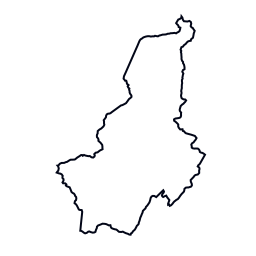 the district of Piraí do Sul, Paraná, Brazil, rotated 265°
{"feature_id": "56859067B71584283665697", "entity_name": "Piraí do Sul", "entity_type": "district", "adm_level": 2, "iso_a3": "BRA", "parent_name": "Brazil", "parent_adm1": "Paraná", "projection": "orthographic", "projection_center": [-49.926, -24.444], "detail": "fine", "context": "isolated", "style": "outline", "palette": "ink", "viewbox_px": 256, "rotation_deg": 265, "n_neighbors": 0, "source": "geoboundaries", "source_scale": "gbopen_adm2", "svg_char_len": 4982}
<svg xmlns="http://www.w3.org/2000/svg" viewBox="0 0 256 256"><g transform="rotate(265 128 128)"><path d="M29.8,71.5L29.5,72.6L28.8,73.6L27.4,75.1L26.8,76.1L27.1,77.7L28.2,79.4L28.3,80.5L27.6,81.7L26.8,83.8L26.9,85.4L27.4,86.5L29.3,87.2L31.0,88.2L32.4,88.5L33.5,89.7L34.1,91.9L34.9,94.3L34.5,96.7L34.1,98.0L33.3,99.4L32.7,100.3L32.7,102.0L30.7,102.3L29.7,102.9L28.8,104.6L28.2,106.2L27.9,107.4L27.3,108.2L25.5,109.8L25.2,110.8L25.0,112.3L25.2,113.8L24.4,115.0L23.4,116.7L22.6,118.7L21.7,120.0L21.5,121.3L22.7,121.8L23.3,123.0L24.6,123.9L26.2,126.0L27.2,126.7L28.6,127.6L29.8,128.3L30.7,129.5L31.6,130.3L32.8,130.5L33.8,131.0L34.8,131.5L36.6,132.1L37.7,132.5L39.2,133.4L40.9,134.2L42.4,135.1L44.1,135.6L45.3,137.0L46.4,138.4L47.8,139.0L49.1,140.5L50.7,141.8L51.9,142.8L53.9,143.7L56.4,144.5L57.7,145.5L58.2,146.8L58.0,148.3L56.7,150.1L58.9,152.8L60.4,154.6L62.9,157.7L61.6,158.3L60.6,157.9L59.0,156.4L58.0,155.9L57.0,156.2L56.2,157.0L56.9,158.7L57.3,160.2L55.7,160.9L52.6,162.9L50.9,162.2L49.0,161.3L48.0,161.3L48.3,162.2L46.8,162.8L47.3,164.2L48.7,165.8L49.9,166.8L50.9,167.9L51.4,168.8L52.2,169.9L52.8,171.4L54.2,172.8L55.0,173.4L56.0,174.2L57.5,175.6L58.7,177.0L59.8,178.2L61.2,178.7L62.4,178.9L63.5,180.3L63.6,181.6L63.5,183.1L63.8,184.3L64.0,185.5L65.1,186.6L66.6,186.7L67.9,186.3L69.1,185.9L70.7,185.9L71.4,186.7L72.7,188.2L73.7,189.3L74.6,190.0L75.3,191.1L75.6,193.5L77.0,195.0L78.1,195.1L79.2,195.1L81.0,195.7L82.4,195.5L83.6,194.1L84.8,194.8L85.6,196.0L86.4,196.7L94.7,202.4L95.9,201.1L96.7,200.0L97.1,198.6L97.9,197.5L99.0,197.4L100.3,196.9L101.4,195.8L101.6,194.5L101.7,192.4L102.1,190.8L102.9,189.8L104.3,189.9L105.9,189.6L107.1,190.4L108.0,192.1L109.3,193.2L110.5,194.4L112.0,195.4L114.3,193.9L115.9,190.2L116.5,188.5L117.7,185.3L118.5,184.4L119.8,183.6L120.3,182.4L122.0,182.2L122.0,179.9L122.8,179.3L124.0,178.5L125.5,178.1L126.8,178.4L127.7,178.0L129.1,176.8L130.3,175.7L131.2,174.6L132.6,174.6L133.3,176.0L133.5,179.4L133.7,180.5L134.6,181.6L136.1,182.0L137.5,182.0L138.7,182.3L139.6,181.7L140.6,181.1L141.8,181.1L143.5,181.7L145.3,182.4L146.7,184.1L147.3,185.3L148.2,186.2L149.0,187.2L150.4,188.3L151.4,187.5L151.7,185.8L152.9,184.1L154.5,183.7L156.0,183.7L157.7,184.3L159.1,184.4L160.1,184.2L161.2,184.5L163.1,185.1L164.8,185.2L166.8,185.5L168.0,185.9L169.6,185.8L171.1,185.9L172.4,186.7L173.7,186.6L174.8,187.0L175.8,187.2L177.4,187.9L179.3,187.0L180.9,187.8L181.6,189.4L183.4,189.6L184.7,189.5L186.2,189.3L187.8,188.5L189.0,188.6L190.3,187.7L192.0,187.3L193.7,187.5L195.7,187.5L197.6,187.6L199.1,187.3L200.1,187.8L201.4,187.2L202.5,187.7L203.8,188.2L204.4,190.0L205.5,190.8L206.8,192.9L208.0,194.0L208.9,195.1L209.4,196.8L209.4,198.1L210.9,198.6L212.3,200.6L215.4,201.5L216.4,201.7L217.6,202.3L219.0,202.9L220.6,201.9L221.9,201.3L222.8,200.0L224.1,199.3L226.5,200.1L228.2,199.8L229.3,198.5L228.9,196.4L229.5,193.0L231.1,192.1L233.2,191.8L234.5,191.0L233.0,190.7L232.0,188.9L231.7,187.6L230.7,186.8L229.4,185.9L228.3,185.1L227.2,185.8L226.1,186.8L225.1,187.2L224.1,187.3L223.4,188.9L221.8,188.5L220.0,187.7L219.2,186.5L218.9,185.5L218.1,184.2L218.7,182.7L218.6,180.6L218.7,178.8L218.4,177.5L218.4,175.5L218.0,174.5L217.9,173.1L218.0,170.6L217.5,168.3L217.4,167.3L216.7,165.8L217.1,164.2L217.5,162.9L217.0,161.9L217.2,160.5L217.1,158.7L217.5,157.6L217.7,156.4L217.7,155.1L217.5,153.5L216.9,151.2L215.9,149.7L215.3,148.4L214.4,147.5L213.3,146.8L209.1,144.6L205.5,142.6L183.8,130.7L179.9,128.5L177.5,127.9L176.4,128.7L175.4,129.2L175.2,130.4L173.6,130.7L172.2,130.8L170.7,132.3L169.6,131.3L168.2,131.8L167.2,132.8L166.1,132.4L164.8,132.8L163.5,132.7L162.1,133.0L161.2,133.6L160.1,134.2L158.7,134.2L157.7,133.1L156.9,131.7L155.8,130.7L154.7,129.8L153.8,129.0L152.9,128.2L152.2,126.6L151.7,125.4L151.3,124.4L151.1,123.0L144.9,112.7L144.3,111.9L144.0,110.8L144.0,109.3L143.4,108.0L142.0,107.2L140.7,107.0L139.6,106.1L137.9,104.5L136.4,104.7L134.8,104.5L133.3,104.7L131.7,103.7L130.6,102.3L129.8,101.3L129.4,100.3L128.8,99.2L127.6,97.6L126.4,97.4L125.2,97.3L124.2,96.6L123.0,96.3L121.6,96.3L120.4,97.2L119.2,97.6L117.8,97.4L116.7,98.4L115.8,99.3L114.7,100.0L113.5,100.8L112.0,100.9L110.5,100.8L109.1,100.8L108.7,99.9L108.2,98.4L107.3,96.9L106.4,95.6L106.2,93.6L104.9,92.1L103.6,92.5L102.5,92.1L101.6,90.7L102.0,89.1L103.4,87.5L103.4,86.1L103.8,84.7L104.3,83.1L105.0,81.8L104.3,80.5L105.1,79.9L105.1,78.8L104.1,77.1L103.0,74.9L101.4,72.6L101.2,71.6L101.3,70.1L101.4,67.9L100.6,66.2L99.6,64.4L99.4,63.1L98.8,61.3L98.9,60.2L99.0,58.8L98.3,56.9L96.8,55.5L96.7,54.5L95.8,55.1L93.9,55.5L92.8,55.2L91.5,54.8L90.8,53.9L89.8,53.1L88.7,55.5L88.4,56.7L87.6,57.9L86.0,58.8L84.9,58.4L83.8,58.4L82.7,59.3L81.4,59.2L80.3,58.6L79.5,58.0L78.6,58.5L78.3,60.7L77.2,61.7L76.1,61.1L75.3,61.9L74.0,64.7L71.9,65.4L70.5,65.8L69.3,66.1L68.2,67.1L67.3,68.5L66.0,69.2L65.0,69.4L63.8,70.3L62.4,70.4L60.8,70.0L59.9,68.9L58.7,68.4L57.7,68.2L56.7,69.4L55.6,70.1L54.5,70.6L51.1,71.9L50.6,72.8L50.3,74.7L48.5,75.1L36.1,72.7L30.7,71.7L29.8,71.5Z" fill="none" stroke="#020617" stroke-width="2"/></g></svg>